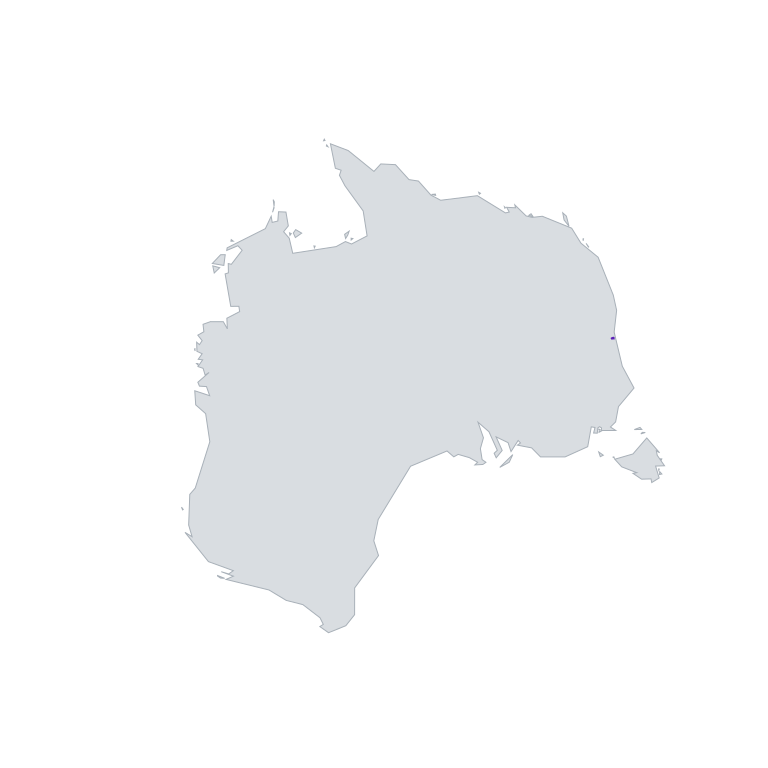 Fairfield, New South Wales, Australia (highlighted), rotated 325°
{"feature_id": "25037944B49484594449228", "entity_name": "Fairfield", "entity_type": "district", "adm_level": 2, "iso_a3": "AUS", "parent_name": "Australia", "parent_adm1": "New South Wales", "projection": "orthographic", "projection_center": [150.93, -33.867], "detail": "fine", "context": "in_parent", "style": "filled", "palette": "violet", "viewbox_px": 768, "rotation_deg": 325, "n_neighbors": 0, "source": "geoboundaries", "source_scale": "gbopen_adm2", "svg_char_len": 4263}
<svg xmlns="http://www.w3.org/2000/svg" viewBox="0 0 768 768"><g transform="rotate(325 384 384)"><path d="M488.6,172.3L497.7,204.1L507.6,201.9L519.2,210.9L521.7,230.9L528.6,237.5L530.8,256.3L535.8,266.0L568.5,283.3L581.6,313.5L585.2,315.0L585.8,309.6L592.8,315.1L593.9,312.3L596.8,327.8L600.9,332.5L609.9,337.4L627.1,364.0L626.1,381.6L632.1,403.0L622.8,442.7L616.8,457.1L602.3,473.5L589.4,506.1L586.5,530.7L563.1,537.0L552.0,547.9L544.8,549.1L547.2,555.0L535.4,546.8L537.0,544.7L536.1,542.6L534.0,542.6L530.5,546.6L527.6,544.4L531.9,540.6L529.2,538.0L514.9,552.2L490.6,547.6L470.4,533.5L468.3,521.0L458.2,510.6L462.0,510.6L461.5,507.2L449.3,512.2L452.0,503.2L445.5,491.6L442.7,506.2L433.6,508.8L434.5,503.9L438.8,503.3L442.6,483.3L439.1,469.2L434.6,485.1L425.9,492.2L421.0,502.2L422.6,506.6L418.8,506.6L412.0,502.4L415.8,501.8L411.7,493.3L404.4,484.2L399.4,483.7L397.2,475.0L358.6,466.6L301.6,491.6L285.7,506.6L281.1,521.4L243.0,534.2L227.6,556.1L214.1,560.1L195.9,555.9L192.3,545.9L196.4,546.1L197.5,538.8L191.0,518.2L179.8,505.2L171.6,486.7L142.5,453.5L150.4,455.0L143.0,444.4L147.8,450.5L153.5,450.5L138.3,428.8L135.9,391.4L139.2,399.0L143.1,387.5L161.6,363.0L169.7,361.0L208.2,331.4L220.9,306.0L217.8,293.1L225.1,281.0L234.5,293.6L237.1,284.3L231.6,279.9L232.5,275.8L247.3,274.2L242.6,274.1L244.8,267.4L241.6,263.0L249.3,260.2L246.0,257.2L252.4,254.9L249.5,250.0L254.5,242.3L255.4,245.9L259.9,244.2L259.5,237.2L266.4,237.9L270.0,231.3L277.6,233.4L288.1,240.8L287.3,249.0L293.0,240.0L307.3,241.9L309.7,237.1L303.0,232.5L317.0,202.7L320.3,203.7L325.5,196.0L327.6,198.4L344.5,193.1L343.6,186.9L331.8,184.4L333.6,182.5L375.9,188.7L387.8,181.9L385.1,187.5L390.5,189.6L396.4,182.4L402.3,186.9L396.3,199.6L389.1,201.7L390.0,210.2L384.2,224.6L423.6,244.0L434.1,245.2L437.7,250.7L455.1,253.0L466.2,230.3L465.7,199.2L467.2,187.5L471.5,184.3L467.9,179.4L477.9,156.5L488.6,172.3ZM529.9,578.0L547.8,584.1L568.3,578.9L570.3,598.4L568.8,594.9L566.9,599.1L566.9,611.9L559.4,607.0L555.5,618.8L546.8,618.3L548.3,614.9L540.4,609.7L536.7,600.0L540.2,601.6L531.2,588.2L529.9,578.0ZM312.5,186.8L324.3,184.4L328.1,187.0L320.8,195.0L312.5,186.8ZM431.0,518.7L449.0,515.7L441.7,519.9L431.0,518.7ZM400.2,206.9L403.1,213.2L395.4,213.2L396.3,208.3L400.2,206.9ZM626.0,360.9L625.6,352.9L628.6,346.3L629.7,351.1L626.0,360.9ZM562.9,564.9L568.8,566.4L569.1,569.1L562.9,564.9ZM311.5,189.0L316.1,194.5L308.6,195.7L311.5,189.0ZM522.8,568.1L519.5,567.6L520.9,562.8L522.8,568.1ZM443.1,238.8L439.6,241.3L436.0,242.8L437.6,238.8L443.1,238.8ZM142.0,451.8L138.7,449.1L137.5,445.8L137.8,445.4L142.0,451.8ZM567.9,571.8L570.2,573.6L565.8,572.2L567.9,571.8ZM599.4,328.9L602.1,328.9L602.1,332.4L599.4,328.9ZM531.7,256.0L535.0,257.9L534.5,259.1L531.7,256.0ZM559.6,613.9L560.0,617.1L557.8,616.2L559.6,613.9ZM630.2,384.7L630.3,389.1L630.0,389.1L630.2,384.7ZM342.5,180.6L340.5,179.2L341.7,178.1L342.5,180.6ZM398.6,171.9L395.8,175.5L399.0,169.4L398.6,171.9ZM630.7,379.5L629.3,380.9L630.2,379.3L630.7,379.5ZM406.7,231.6L405.1,232.5L405.8,230.7L406.7,231.6ZM394.3,207.6L392.2,208.3L393.3,206.0L394.3,207.6ZM147.5,368.7L147.6,371.6L146.8,371.6L147.5,368.7ZM474.2,155.3L474.2,157.5L473.3,156.0L474.2,155.3ZM534.1,543.8L534.7,545.2L534.0,544.8L534.1,543.8ZM395.1,176.6L391.2,179.4L395.2,176.0L395.1,176.6ZM249.4,246.7L248.2,248.6L248.9,246.6L249.4,246.7ZM560.7,611.6L559.6,612.2L560.2,611.1L560.7,611.6ZM441.9,247.0L439.7,247.2L440.7,245.7L441.9,247.0ZM243.4,260.6L242.5,261.8L242.2,259.7L243.4,260.6ZM568.6,604.7L567.2,605.6L567.6,603.9L568.6,604.7ZM475.5,149.2L475.3,150.7L474.0,150.1L475.5,149.2ZM533.4,545.8L535.0,547.2L532.4,546.9L533.4,545.8ZM572.4,283.1L571.0,283.2L571.5,281.3L572.4,283.1ZM584.6,309.3L583.8,309.3L584.3,307.9L584.6,309.3ZM530.5,575.5L530.2,576.8L529.7,575.3L530.5,575.5Z" fill="#d9dde1" stroke="#a8b0b8" stroke-width="1"/><path d="M596.6,477.0L596.6,477.8L596.8,477.8L597.0,477.8L597.2,478.0L597.3,478.1L597.5,478.2L597.7,478.3L597.8,478.3L597.7,478.3L597.8,478.3L597.8,478.2L598.0,478.2L598.3,478.2L598.4,478.3L598.5,478.3L598.5,478.2L598.5,478.3L598.6,478.2L598.4,478.1L598.5,478.0L598.6,477.8L598.6,477.7L598.4,477.7L598.2,477.5L598.2,477.4L597.9,477.3L597.9,477.2L597.7,477.1L597.4,477.1L597.2,477.0L596.8,477.0L596.6,477.0Z" fill="#8b5cf6" stroke="#5b21b6" stroke-width="1.5"/></g></svg>